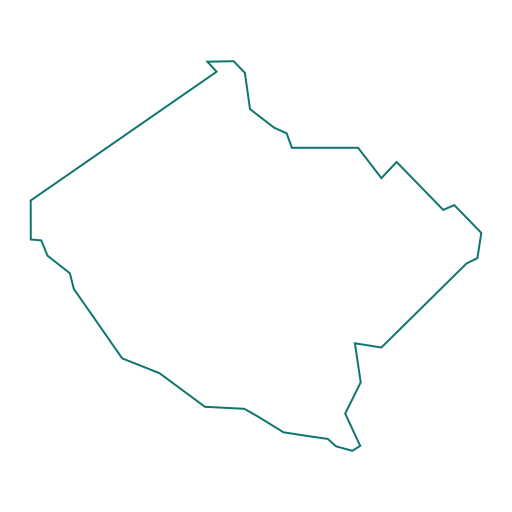 the district of Bibb, Georgia, United States of America
{"feature_id": "52423323B78226819496171", "entity_name": "Bibb", "entity_type": "district", "adm_level": 2, "iso_a3": "USA", "parent_name": "United States of America", "parent_adm1": "Georgia", "projection": "robinson", "projection_center": [-83.68, 32.807], "detail": "fine", "context": "isolated", "style": "outline", "palette": "teal", "viewbox_px": 512, "rotation_deg": 0, "n_neighbors": 0, "source": "geoboundaries", "source_scale": "gbopen_adm2", "svg_char_len": 595}
<svg xmlns="http://www.w3.org/2000/svg" viewBox="0 0 512 512"><path d="M454.3,205.1L443.2,209.9L396.6,162.0L381.4,178.1L358.1,147.8L291.9,147.8L286.6,133.3L274.1,127.7L250.0,109.1L244.9,72.9L233.6,61.2L207.4,61.7L216.6,71.7L62.2,178.7L52.2,185.6L30.7,200.5L30.8,239.5L41.3,240.4L47.5,255.7L69.9,273.3L73.8,288.9L122.2,358.4L159.5,373.2L204.9,406.8L244.3,408.8L256.5,415.7L283.5,432.3L309.4,436.3L327.8,438.9L335.9,446.3L352.3,450.8L360.2,445.9L345.2,413.6L360.7,382.3L354.9,343.3L381.4,347.5L466.5,263.5L477.4,258.1L481.3,232.9L454.3,205.1Z" fill="none" stroke="#0f766e" stroke-width="2"/></svg>